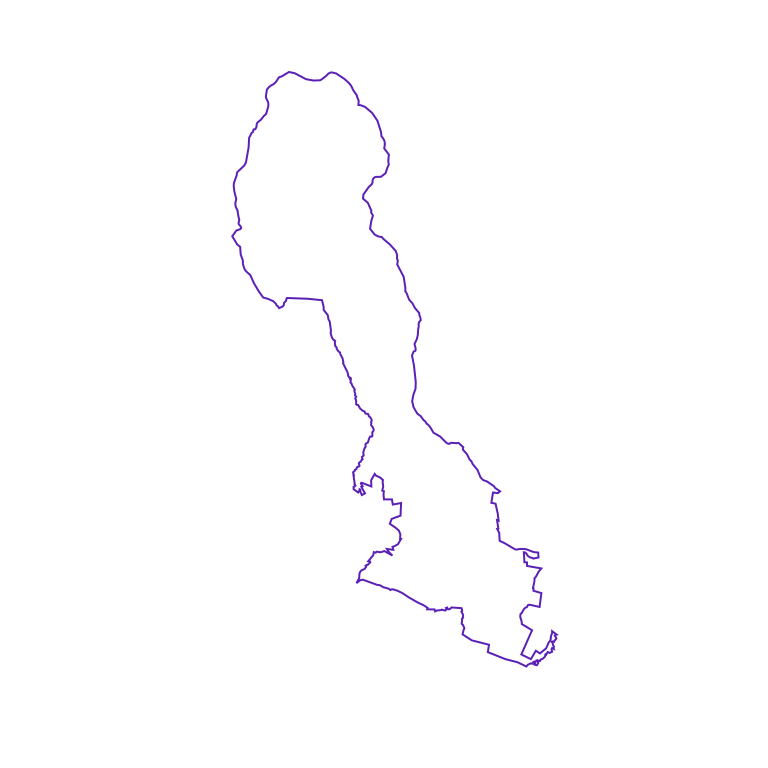 the district of Rusii-Munti, Mures, Romania, rotated 242°
{"feature_id": "2599482B16309524986841", "entity_name": "Rusii-Munti", "entity_type": "district", "adm_level": 2, "iso_a3": "ROU", "parent_name": "Romania", "parent_adm1": "Mures", "projection": "robinson", "projection_center": [24.869, 46.914], "detail": "fine", "context": "isolated", "style": "outline", "palette": "violet", "viewbox_px": 768, "rotation_deg": 242, "n_neighbors": 0, "source": "geoboundaries", "source_scale": "gbopen_adm2", "svg_char_len": 6110}
<svg xmlns="http://www.w3.org/2000/svg" viewBox="0 0 768 768"><g transform="rotate(242 384 384)"><path d="M683.7,484.1L684.1,482.9L684.2,480.8L683.1,477.2L682.2,471.8L682.2,470.1L685.0,464.3L689.8,458.2L700.3,451.1L704.1,446.6L703.6,438.1L704.1,435.3L701.3,430.1L700.6,427.0L700.6,424.0L700.1,421.6L698.9,418.8L693.5,414.8L692.0,414.2L687.4,414.0L685.6,413.4L683.4,412.1L678.6,407.5L677.7,406.4L677.0,403.6L675.1,399.3L674.4,395.4L673.5,393.9L670.8,392.0L669.4,390.0L670.0,388.4L668.0,386.5L667.8,385.0L664.7,380.5L656.4,375.5L644.4,366.1L642.5,363.2L640.0,354.1L639.0,352.9L637.4,351.9L632.1,346.0L629.5,344.3L624.4,342.3L616.7,340.4L613.5,337.6L611.8,336.9L610.1,336.3L606.0,336.1L599.9,334.0L597.1,333.4L594.1,331.0L593.2,330.8L590.5,331.4L588.8,331.2L588.2,329.9L588.8,325.7L585.7,319.4L576.1,319.9L572.7,321.4L565.7,318.3L559.1,317.3L556.4,315.8L551.1,314.8L548.3,315.1L543.0,317.1L534.1,316.5L525.1,316.9L517.1,317.9L513.6,321.6L509.1,325.1L505.7,326.2L503.7,326.1L502.6,326.7L500.2,327.0L500.0,330.8L500.6,332.4L502.5,333.8L503.5,336.6L505.4,338.3L505.5,338.7L495.0,356.8L487.1,368.6L480.3,366.9L477.8,365.5L471.2,366.7L467.1,365.3L464.6,365.4L455.7,362.1L454.1,360.8L449.9,359.9L447.6,359.9L445.0,361.1L444.3,360.3L440.4,358.8L438.5,359.3L437.1,358.7L434.1,359.1L432.4,360.0L431.3,359.5L425.9,359.4L422.2,358.3L421.6,357.6L411.9,357.3L409.1,356.8L408.2,356.2L406.6,356.3L405.0,357.4L404.3,357.2L404.7,356.7L404.6,356.3L402.5,356.2L401.0,355.1L399.7,355.6L397.9,355.2L392.6,355.6L391.9,354.6L388.7,353.9L387.5,353.1L385.9,353.5L384.8,351.8L382.8,351.8L379.2,349.9L378.3,350.3L377.6,351.3L373.7,351.4L370.8,352.4L368.9,353.9L366.7,353.7L364.8,356.0L362.9,355.5L360.6,356.3L358.2,356.3L357.0,355.6L356.6,354.8L355.2,354.4L353.8,353.3L350.7,353.8L348.5,353.5L347.2,352.2L346.9,351.0L343.5,349.3L343.3,348.7L344.1,347.1L343.0,345.4L339.9,342.3L339.9,340.3L339.4,339.3L337.1,338.2L336.4,336.6L333.4,333.6L330.5,332.5L329.9,330.2L327.5,329.7L327.4,328.4L326.4,327.2L326.4,325.8L325.7,324.5L323.3,324.0L322.9,322.8L323.4,321.8L322.7,320.4L321.8,319.7L321.8,318.0L321.0,317.3L320.6,315.2L318.2,314.8L317.5,314.5L317.7,314.2L309.7,311.3L309.5,310.9L307.7,311.1L307.3,310.2L307.5,308.9L305.4,307.8L300.4,310.2L301.2,311.6L300.8,311.8L302.5,313.0L302.0,313.4L299.4,312.5L296.3,312.3L296.4,315.9L303.8,315.7L303.7,317.1L306.7,316.8L307.4,317.4L307.1,318.1L299.5,324.7L305.1,327.5L309.0,333.6L306.8,333.9L303.6,336.5L299.7,338.0L298.2,336.8L293.7,335.1L290.7,332.4L289.4,333.6L286.9,331.8L282.1,329.8L278.4,336.8L273.4,335.2L270.9,343.2L260.0,336.8L261.3,327.5L257.8,323.5L251.7,326.7L247.6,328.3L243.7,327.9L239.7,325.5L239.2,326.3L236.0,321.2L235.9,317.6L236.2,315.1L233.2,314.4L237.0,309.1L234.1,309.2L228.6,310.9L236.4,305.8L236.8,302.8L237.3,301.5L239.0,299.4L239.4,298.6L239.0,297.4L240.3,296.1L237.9,294.1L234.9,286.9L233.9,288.3L233.0,288.2L232.0,284.8L232.4,284.3L232.1,282.4L231.2,282.6L229.8,280.2L230.0,276.4L229.3,274.7L227.9,273.2L224.2,270.9L221.1,266.2L221.9,271.2L221.1,273.5L209.9,283.6L208.2,286.0L205.0,287.9L201.2,291.9L199.0,293.0L199.2,294.1L198.6,295.4L195.2,298.8L190.7,302.1L183.8,305.8L175.4,311.1L170.4,314.9L165.9,317.4L164.8,316.3L161.2,322.8L159.2,322.4L159.2,324.2L157.6,328.3L157.6,329.2L155.3,331.6L155.6,333.6L157.1,333.5L157.0,334.8L155.6,334.7L154.5,335.6L154.4,336.9L155.0,338.7L149.7,347.2L147.0,346.6L146.7,345.5L143.7,345.5L142.3,345.1L141.3,344.2L140.6,344.2L139.9,342.4L139.1,342.3L135.8,340.0L134.3,340.6L130.5,340.3L129.7,339.0L126.1,335.8L116.4,341.2L104.5,354.3L98.5,349.8L84.1,362.0L75.7,371.2L67.7,377.1L68.6,379.2L68.4,382.7L67.0,384.0L68.4,385.1L68.3,386.7L67.4,386.8L65.3,385.4L63.9,387.0L65.4,389.4L66.3,389.5L67.5,388.5L68.3,388.8L68.2,389.7L66.7,390.9L66.2,391.8L67.1,392.7L66.9,395.5L67.8,398.2L69.5,399.6L69.6,399.9L68.9,400.2L70.5,402.7L68.8,404.0L68.7,406.8L71.2,407.4L71.9,408.5L70.4,409.6L71.5,409.8L72.3,410.8L74.2,410.6L75.8,411.3L77.8,411.0L77.4,412.4L76.6,413.2L77.7,414.9L77.9,416.0L78.7,416.9L81.6,416.6L82.0,417.4L81.7,418.8L86.8,416.4L85.4,415.7L82.8,412.9L80.3,411.3L79.1,409.8L78.6,408.3L74.5,403.1L72.9,395.2L77.2,392.9L72.1,384.5L80.7,378.3L97.1,399.1L107.3,393.0L109.9,394.1L114.3,394.9L116.7,396.4L117.2,398.2L119.6,401.9L120.1,403.9L119.9,405.4L121.2,407.3L121.0,408.5L120.3,409.5L114.1,416.7L125.5,424.8L131.3,418.9L133.4,420.1L133.8,419.7L139.1,424.1L141.9,425.8L142.5,427.7L145.6,432.2L147.3,436.3L156.2,424.9L159.3,426.5L160.7,424.3L169.8,428.5L169.3,429.3L167.6,430.1L165.1,430.2L163.8,430.7L162.0,431.9L160.5,433.6L159.8,433.8L158.3,439.0L162.8,441.0L165.3,437.3L171.4,431.9L173.2,429.2L174.6,426.4L175.5,423.4L176.6,422.0L186.6,415.9L191.3,412.5L198.6,415.9L202.9,415.9L202.6,417.1L210.8,419.9L209.5,421.0L216.2,423.6L226.0,426.3L228.7,423.0L237.0,429.3L234.2,433.4L234.7,436.1L240.1,433.3L242.2,433.1L249.7,429.1L252.7,426.4L256.1,425.4L264.2,426.2L271.8,424.7L274.8,424.9L276.9,424.1L283.1,424.3L288.9,422.9L290.1,423.4L290.9,424.3L297.1,422.1L297.7,420.2L300.6,415.6L300.5,413.6L301.5,412.3L303.1,411.4L311.3,408.9L317.8,404.8L323.5,404.6L327.0,404.0L329.0,403.0L331.9,402.8L333.4,402.0L338.4,401.3L342.2,399.5L349.7,399.2L355.6,400.8L360.6,404.8L365.0,409.6L370.9,413.0L386.4,419.2L396.0,422.1L398.8,425.5L398.5,426.8L398.8,427.6L400.8,428.7L405.0,429.7L408.1,433.9L411.3,436.8L415.3,439.2L418.4,441.6L421.1,443.0L422.2,444.2L423.1,446.4L424.9,447.1L428.6,447.7L430.1,448.4L436.6,447.0L441.9,447.0L446.6,445.8L453.6,446.6L455.7,446.3L458.9,448.0L469.4,451.7L483.3,451.8L486.6,454.2L488.5,454.3L491.9,456.2L495.9,456.8L504.2,454.8L512.5,451.5L514.6,451.2L517.2,448.0L520.6,445.8L527.7,444.6L534.0,449.4L537.9,453.3L541.6,453.2L543.0,454.2L551.6,454.8L557.5,452.5L560.9,454.7L565.0,462.8L566.1,466.9L567.1,468.3L569.5,469.8L570.3,470.9L570.8,472.3L570.8,473.8L568.4,478.6L569.4,484.4L573.4,488.5L575.4,491.2L578.8,492.4L584.2,496.0L591.9,494.8L595.4,497.4L597.9,498.4L600.8,498.6L604.0,498.1L608.1,499.7L619.5,501.8L628.9,500.8L637.6,497.3L641.0,494.4L642.3,492.4L646.2,494.7L650.2,495.0L651.1,495.5L658.1,494.8L662.8,495.0L666.3,494.3L672.1,492.2L680.7,487.5L683.7,484.1Z" fill="none" stroke="#5b21b6" stroke-width="2"/></g></svg>